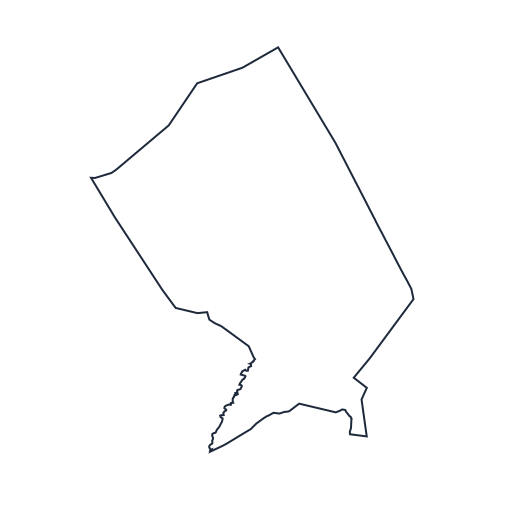 the district of San Miguel Achiutla, Oaxaca, Mexico, rotated 258°
{"feature_id": "50627088B14664801571450", "entity_name": "San Miguel Achiutla", "entity_type": "district", "adm_level": 2, "iso_a3": "MEX", "parent_name": "Mexico", "parent_adm1": "Oaxaca", "projection": "robinson", "projection_center": [-97.508, 17.31], "detail": "fine", "context": "isolated", "style": "outline", "palette": "slate", "viewbox_px": 512, "rotation_deg": 258, "n_neighbors": 0, "source": "geoboundaries", "source_scale": "gbopen_adm2", "svg_char_len": 2837}
<svg xmlns="http://www.w3.org/2000/svg" viewBox="0 0 512 512"><g transform="rotate(258 256 256)"><path d="M437.2,234.4L401.9,197.8L369.4,137.0L367.3,131.9L365.8,114.7L366.8,110.9L323.1,126.0L242.2,157.4L221.9,166.6L212.3,186.8L211.2,196.6L208.3,196.7L203.4,197.2L199.0,201.5L194.5,207.5L171.4,228.2L169.3,230.1L157.3,232.7L155.3,233.6L154.1,231.8L153.8,231.9L153.7,231.9L152.9,230.7L153.0,230.2L152.4,229.4L152.1,229.0L151.9,227.8L151.5,228.5L149.3,228.3L148.7,225.8L148.5,225.4L148.1,225.3L145.5,224.2L145.7,222.9L146.3,222.1L147.0,221.7L146.2,219.2L146.0,218.5L145.6,218.5L144.1,216.9L143.2,216.4L142.1,218.5L141.4,220.0L140.6,220.7L140.2,220.5L138.4,218.9L138.5,218.6L137.9,217.3L136.9,216.0L136.3,215.6L134.9,213.9L133.5,213.0L132.7,214.8L132.0,215.1L131.7,215.0L131.4,215.0L129.1,213.1L128.9,212.2L128.7,210.7L128.9,210.2L128.3,209.5L128.0,209.4L124.6,209.4L124.2,207.9L126.3,208.1L126.3,207.3L125.5,207.4L124.5,206.0L123.6,205.7L123.3,205.2L122.6,205.1L122.2,204.4L121.5,203.7L120.1,203.3L118.7,203.0L117.9,203.1L117.2,203.2L117.4,200.9L116.3,200.6L115.7,200.5L115.8,199.7L116.4,199.0L116.4,198.9L116.0,196.2L115.8,195.4L115.2,194.1L113.8,193.4L111.8,194.9L111.1,194.7L110.8,193.6L110.6,192.8L109.8,191.9L109.3,191.5L109.0,191.7L107.9,191.1L107.1,191.2L107.5,188.8L107.4,187.8L105.7,187.9L104.2,189.5L103.5,189.5L102.2,188.8L100.6,188.0L99.6,187.0L98.7,186.3L96.3,184.4L94.2,181.6L91.8,179.9L91.4,178.8L91.6,178.1L90.9,176.2L89.0,175.7L87.7,176.1L87.0,176.2L86.4,176.0L85.8,175.8L85.2,175.3L84.4,174.7L83.3,174.7L82.3,174.5L81.8,174.2L81.4,173.7L81.2,172.8L80.8,171.9L80.3,171.3L79.7,170.8L79.0,170.5L78.4,170.5L77.8,170.7L77.4,170.8L76.6,171.1L76.1,171.2L75.8,171.0L76.0,172.3L74.2,170.8L76.4,180.2L77.4,184.4L78.3,187.5L79.8,191.9L85.4,207.9L86.8,212.1L87.7,214.8L92.0,221.4L95.7,229.6L97.0,233.2L97.4,235.4L99.0,240.5L97.0,246.2L97.6,251.1L97.2,254.7L97.3,256.3L102.6,267.5L86.5,301.5L87.2,305.9L88.0,308.4L86.8,311.3L84.9,311.7L82.7,312.9L80.5,313.8L79.4,314.8L79.0,315.2L77.8,315.1L77.1,315.7L76.1,315.3L67.9,313.1L64.5,311.2L62.1,310.9L56.5,326.8L93.7,329.4L103.9,336.9L104.0,337.0L116.6,326.3L132.2,345.9L166.4,384.5L173.3,392.3L177.9,397.5L181.1,401.1L191.5,401.1L198.0,399.3L199.5,398.9L201.5,398.3L204.8,397.3L207.6,396.4L208.0,396.3L209.2,396.0L210.1,395.7L211.1,395.4L211.8,395.2L216.8,393.8L220.3,392.8L225.3,391.4L226.7,391.1L227.7,390.8L241.7,386.9L244.0,386.2L246.3,385.6L248.1,385.1L250.3,384.5L252.6,383.9L254.5,383.3L261.2,381.4L265.7,380.2L267.5,379.8L268.1,379.6L270.1,379.0L273.7,378.1L276.7,377.2L277.9,376.9L279.4,376.5L279.5,376.5L291.6,373.2L295.3,372.2L298.2,371.4L298.6,371.3L301.3,370.6L301.6,370.5L302.7,370.2L303.9,369.8L306.4,369.2L307.3,368.9L307.9,368.7L309.5,368.3L310.4,368.1L311.0,367.9L349.9,357.3L455.5,321.0L443.0,281.9L437.2,234.4Z" fill="none" stroke="#1e293b" stroke-width="2"/></g></svg>